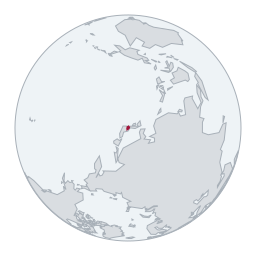 the Earth from above Gifu, rotated 189°
{"feature_id": "JPN-1841", "entity_name": "Gifu", "entity_type": "Prefecture", "adm_level": 1, "iso_a3": "JPN", "parent_name": "Japan", "parent_adm1": "", "projection": "orthographic", "projection_center": [137.038, 35.796], "detail": "fine", "context": "on_globe", "style": "filled", "palette": "rose", "viewbox_px": 256, "rotation_deg": 189, "n_neighbors": 0, "source": "natural_earth", "source_scale": "10m", "svg_char_len": 11409}
<svg xmlns="http://www.w3.org/2000/svg" viewBox="0 0 256 256"><g transform="rotate(189 128 128)"><circle cx="128" cy="128" r="113" fill="#eef3f6" stroke="#a8b0b8"/><path d="M201.8,199.6L201.7,200.1L201.8,199.6ZM220.2,63.3L219.0,62.4L221.6,65.3L223.5,68.3L222.9,67.6L221.7,65.7L218.9,63.3L218.6,64.5L212.9,61.4L202.3,53.6L203.4,53.0L200.7,51.5L199.2,52.2L198.8,53.2L187.5,51.1L181.1,56.0L182.7,60.4L179.6,57.5L184.9,68.1L183.7,73.9L182.9,65.7L181.1,63.6L179.2,66.6L177.0,65.1L174.8,65.8L172.4,64.0L172.0,59.6L170.4,58.4L169.2,60.6L165.9,60.4L168.0,57.3L162.5,56.6L161.0,49.9L168.5,44.2L165.5,40.0L167.6,33.3L165.2,32.8L164.5,30.4L161.6,29.0L162.8,28.5L159.4,27.9L158.8,28.8L157.2,28.9L155.4,28.2L156.6,27.3L157.7,27.5L157.1,26.9L158.5,26.7L156.8,26.4L158.5,25.5L154.2,25.5L153.4,24.1L155.2,23.8L158.5,24.9L170.7,28.1L173.6,28.7L174.4,28.0L168.8,23.9L170.5,24.2L170.4,23.8L167.9,22.9L167.1,23.0L162.4,21.5L161.9,22.1L159.9,21.7L158.1,22.1L154.7,20.8L152.4,19.5L153.8,19.3L152.8,18.8L148.5,18.3L148.2,17.4L143.3,16.4L151.6,17.9L159.7,19.9L167.7,22.6L175.5,25.9L183.0,29.7L190.2,34.1L197.0,39.0L203.5,44.4L209.5,50.3L215.1,56.6L220.2,63.3ZM226.3,122.5L225.3,120.4L226.5,120.6L226.3,122.5ZM224.3,119.9L224.7,120.4L224.3,120.2L224.3,119.9ZM223.7,120.2L224.2,120.0L223.7,120.5L223.7,120.2ZM223.0,120.9L223.3,120.4L223.3,120.6L223.0,120.9ZM221.5,121.2L221.1,121.2L221.4,120.6L221.5,121.2ZM199.0,53.9L199.4,52.4L201.6,52.4L201.6,53.7L199.0,53.9ZM194.4,54.4L194.0,53.2L197.0,54.6L196.3,54.8L194.4,54.4ZM184.3,64.1L185.0,62.5L185.1,64.6L184.3,64.1ZM175.0,66.3L175.5,67.3L174.1,67.2L175.0,66.3ZM160.1,22.8L159.1,22.4L160.0,22.5L160.1,22.8ZM160.2,23.3L161.9,23.7L162.2,24.0L161.2,23.8L160.2,23.3ZM169.1,64.4L166.8,64.3L169.1,63.7L169.1,64.4ZM158.1,22.8L162.5,24.6L163.0,25.2L159.5,24.9L158.1,22.8ZM165.4,63.7L159.8,63.6L160.5,65.6L155.6,60.0L161.9,61.8L164.7,60.7L164.1,62.3L165.4,63.7ZM159.4,29.3L159.9,28.4L161.2,29.8L159.4,29.3ZM160.6,30.2L166.8,34.9L165.2,36.1L163.4,34.2L162.6,36.4L158.8,34.7L158.4,33.1L160.2,32.6L157.3,32.4L160.6,30.2ZM153.7,57.1L152.3,56.5L153.7,56.3L153.7,57.1ZM156.6,29.0L158.0,29.8L156.7,30.8L153.6,29.6L155.0,29.6L156.6,29.0ZM164.3,38.0L162.8,38.7L159.3,37.4L158.2,37.6L158.6,34.8L164.3,38.0ZM154.4,29.0L152.1,28.9L151.1,27.9L155.1,28.4L154.4,29.0ZM157.6,31.7L156.8,32.2L156.3,31.5L157.6,31.7ZM146.3,24.4L148.0,25.1L147.4,25.7L146.3,24.4ZM151.3,29.0L151.7,29.3L151.7,29.7L150.0,29.4L151.3,29.0ZM156.1,34.2L154.9,33.6L155.7,35.2L153.1,34.5L153.8,32.9L152.4,33.3L151.6,33.1L153.1,32.0L156.1,34.2ZM148.2,30.3L148.2,28.2L145.2,26.7L145.6,26.1L150.4,28.6L148.2,30.3ZM151.0,31.3L149.3,30.5L150.7,30.1L152.6,30.4L151.0,31.3ZM151.1,34.7L154.9,36.2L154.6,36.5L151.1,34.7ZM147.0,29.9L147.1,30.4L146.7,29.8L147.0,29.9ZM149.5,33.3L150.9,33.7L150.6,34.1L149.5,33.3ZM146.0,31.2L146.0,30.5L147.3,30.6L146.0,31.2ZM147.4,32.2L146.6,32.6L147.7,31.1L148.1,32.3L147.4,32.2ZM149.0,33.5L149.2,33.9L148.4,33.3L149.0,33.5ZM141.0,31.2L142.2,29.3L145.1,29.5L143.5,31.3L141.0,31.2ZM42.3,54.9L42.6,54.6L36.1,63.5L34.0,68.0L39.3,63.5L42.8,55.9L46.7,51.8L46.6,55.4L44.1,62.7L45.5,61.4L50.0,54.8L52.3,54.7L51.9,52.4L49.9,54.6L49.6,53.4L51.4,51.4L52.1,51.3L53.7,48.9L49.7,50.1L47.3,52.5L49.7,48.2L45.9,51.8L45.5,51.7L51.8,45.6L53.4,44.5L62.7,36.9L61.3,37.7L52.4,45.0L53.9,43.5L51.9,45.1L54.6,42.8L64.7,35.0L68.0,32.7L75.9,28.2L81.8,25.3L78.8,26.7L80.3,26.1L77.6,27.7L78.0,28.3L75.9,29.9L80.1,29.0L79.6,29.8L77.3,30.1L74.5,31.3L69.8,36.1L70.1,36.6L73.2,35.8L71.5,37.4L75.2,36.0L74.5,38.7L78.4,34.3L82.1,33.7L83.9,34.9L85.9,34.0L83.0,32.1L81.2,32.1L78.5,33.3L74.2,33.2L75.0,31.8L82.1,29.3L83.9,27.3L88.7,26.6L93.6,31.6L93.6,34.6L85.1,41.0L82.7,40.5L84.6,37.9L79.1,40.9L81.4,40.4L80.0,41.9L83.2,42.0L82.4,43.1L86.9,41.4L86.3,42.8L83.4,43.8L87.6,45.6L87.4,48.6L88.7,48.5L90.3,47.5L88.9,52.2L90.0,52.0L90.8,50.3L93.5,48.8L97.7,48.1L97.0,49.7L95.4,50.2L90.9,53.9L86.7,55.2L86.9,55.8L90.4,55.1L95.8,50.6L98.5,49.7L96.3,52.0L97.3,51.1L98.5,51.2L98.9,52.9L101.5,50.6L115.0,50.5L117.3,54.2L113.8,56.0L122.4,58.7L124.3,63.3L125.1,61.7L129.8,62.3L129.3,60.8L130.0,60.1L141.8,61.7L144.0,63.6L150.0,63.1L150.4,62.3L149.1,60.8L155.6,60.0L160.5,65.6L159.3,67.0L163.2,69.8L159.9,72.7L159.0,76.6L153.2,78.6L153.0,81.7L154.6,82.5L155.5,87.6L151.9,96.0L148.0,85.7L151.9,73.9L149.7,78.3L148.2,76.3L146.1,77.4L144.8,80.8L145.9,81.7L133.2,83.4L125.8,91.4L131.3,92.4L133.2,96.0L129.6,107.4L113.7,119.5L116.1,125.6L115.3,128.9L111.0,129.8L112.1,125.0L109.1,122.3L110.4,119.6L103.9,119.9L105.4,116.1L99.6,118.5L100.2,122.2L105.3,123.0L99.6,127.1L103.0,134.1L101.7,140.8L90.5,149.3L81.6,149.7L80.7,151.5L78.0,148.0L73.2,150.2L77.1,163.5L76.5,166.6L69.2,169.7L69.3,167.3L62.1,158.0L59.8,164.7L65.2,173.5L67.0,181.3L62.4,177.1L60.7,170.0L58.2,166.6L59.6,160.6L58.9,149.8L54.4,149.2L55.4,145.4L53.8,135.1L47.6,133.9L37.4,137.7L34.9,146.7L31.9,148.5L31.1,131.1L33.4,121.2L31.4,119.9L32.0,108.5L28.2,99.0L29.1,95.9L28.1,95.1L28.7,89.8L30.7,85.2L30.4,83.3L25.5,95.8L26.0,98.0L28.4,96.9L26.8,100.7L26.4,106.8L21.5,110.0L18.3,104.0L20.5,96.8L30.9,72.5L32.0,71.2L32.4,70.5L30.8,72.4L33.5,68.1L25.2,83.0L22.7,88.5L18.2,104.2L18.0,104.6L17.3,108.7L18.1,113.5L17.6,115.7L15.7,122.1L15.5,123.2L16.1,114.9L17.4,106.7L19.3,98.6L21.7,90.7L24.8,82.9L28.4,75.4L32.5,68.3L37.2,61.4L42.3,54.9ZM38.8,74.2L38.9,79.1L43.3,73.3L43.7,74.8L45.0,72.4L43.6,72.9L47.5,66.9L49.1,68.0L51.4,66.1L51.5,64.4L47.8,63.5L42.2,71.9L40.3,72.4L38.8,74.2ZM90.7,22.3L88.4,23.2L87.4,23.3L90.1,22.0L91.6,21.7L90.7,22.3ZM85.4,24.4L91.8,22.7L90.3,23.7L90.1,23.4L88.5,24.2L87.6,24.0L80.1,26.9L78.7,27.3L84.4,24.2L83.3,24.9L85.6,23.9L85.4,24.4ZM110.4,19.1L113.1,19.0L106.6,21.1L104.8,21.0L107.3,19.4L110.9,18.8L110.4,19.1ZM151.1,22.3L152.5,22.6L152.2,22.8L150.7,22.7L151.1,22.3ZM147.1,24.7L144.3,21.2L145.8,21.3L142.3,19.5L145.0,19.2L147.2,20.3L146.7,18.9L149.7,19.8L148.9,18.9L153.4,21.5L156.1,22.5L152.1,21.4L149.5,21.6L149.3,22.0L150.5,24.0L155.0,26.5L153.2,27.3L150.7,27.3L149.4,26.8L151.0,26.3L148.0,26.0L149.3,25.0L147.1,24.7ZM122.6,29.6L125.1,28.7L119.3,29.1L120.5,27.6L119.8,27.8L119.3,26.6L117.5,25.5L118.5,24.9L117.4,24.8L117.1,24.1L115.8,23.7L117.3,22.6L115.8,22.2L117.3,21.9L114.5,21.5L117.3,21.4L117.1,20.7L114.5,21.1L125.4,17.6L127.9,16.6L128.4,16.0L133.1,16.3L135.5,17.2L136.3,18.7L133.3,19.8L136.0,19.9L135.3,20.5L133.5,20.2L135.9,21.1L134.9,21.5L135.6,23.7L139.7,25.0L140.1,26.0L137.9,25.7L139.8,26.8L136.0,27.0L136.2,27.7L132.6,28.8L128.4,28.1L129.0,29.0L126.3,30.0L122.6,29.6ZM139.9,31.4L134.6,30.5L132.7,29.4L139.7,28.1L140.0,27.4L144.4,26.8L147.1,28.6L145.6,28.5L144.8,29.0L144.3,28.2L144.1,29.1L142.0,29.2L141.2,29.9L139.7,29.4L139.9,31.4ZM54.9,42.3L53.8,43.2L52.6,44.4L51.3,45.5L54.9,42.3ZM61.7,36.9L61.1,37.4L59.9,38.3L61.7,36.9ZM62.8,36.3L61.2,37.3L62.7,36.2L62.8,36.3ZM76.8,30.6L76.3,31.3L75.5,31.6L74.8,31.6L76.8,30.6ZM105.7,31.5L107.4,30.9L107.8,31.2L111.8,31.1L111.2,32.3L108.5,32.9L105.7,31.5ZM38.7,63.2L38.0,63.0L38.9,61.7L38.9,62.0L38.7,63.2ZM44.0,53.5L41.8,56.4L43.7,53.8L44.0,53.5ZM105.7,32.9L107.4,32.6L106.1,33.4L105.7,32.9ZM110.9,33.2L109.7,34.2L111.5,32.5L110.9,33.2ZM93.5,204.9L96.9,206.1L96.8,206.5L93.5,204.9ZM90.0,202.7L93.8,203.8L89.4,203.4L90.0,202.7ZM95.2,204.2L99.1,204.4L100.8,204.1L100.5,204.9L95.2,204.2ZM87.5,202.0L74.3,197.6L69.3,194.6L70.3,193.6L78.4,197.0L87.5,202.0ZM69.9,193.4L62.4,185.9L53.3,168.2L56.6,170.2L66.3,183.0L65.7,184.0L70.2,189.3L69.9,193.4ZM88.6,192.1L87.9,195.8L80.5,193.2L77.3,191.4L75.0,185.5L76.2,183.3L78.9,184.3L89.9,178.5L93.6,181.8L90.0,184.8L93.1,189.2L88.6,192.1ZM35.0,147.9L35.9,154.9L34.4,154.5L35.0,147.9ZM95.0,173.1L90.1,176.0L94.7,171.6L95.0,173.1ZM98.1,168.4L98.1,170.7L96.5,168.1L98.1,168.4ZM80.1,154.5L77.2,154.0L77.4,152.4L81.2,152.1L80.1,154.5ZM100.7,146.3L99.6,151.0L98.7,152.5L97.9,149.3L100.7,146.3ZM103.0,44.9L98.1,43.6L94.3,43.8L91.4,45.7L93.3,42.7L99.3,42.3L103.0,44.9ZM113.6,49.6L116.1,48.2L116.4,49.4L115.9,49.9L113.6,49.6ZM114.1,48.3L114.4,45.6L116.7,45.3L116.0,47.4L114.1,48.3ZM109.9,38.7L108.5,38.1L109.6,37.5L109.9,38.7ZM176.9,228.6L178.8,228.0L175.8,229.7L171.3,231.8L166.5,233.6L176.9,228.6ZM140.8,238.1L139.4,237.1L144.6,236.6L143.5,237.7L140.8,238.1ZM180.0,226.8L182.7,224.9L182.6,223.7L183.6,224.4L187.0,222.9L180.0,227.4L180.0,226.8ZM118.4,231.6L98.0,231.5L93.1,229.9L93.5,228.7L87.3,222.4L88.9,222.9L86.8,218.8L98.4,218.3L106.5,213.1L114.0,214.7L119.0,210.1L126.9,211.2L125.1,215.3L133.9,218.5L138.6,209.4L145.3,219.2L152.6,222.0L156.3,226.8L148.1,234.5L142.1,236.0L140.4,235.6L138.0,236.3L133.6,236.1L129.9,234.0L127.7,234.5L129.3,232.9L126.3,234.3L123.4,232.7L118.4,231.6ZM176.0,214.5L177.5,214.4L180.3,215.3L177.8,215.6L176.0,214.5ZM198.0,203.0L198.9,203.3L197.3,204.2L198.0,203.0ZM201.6,200.2L199.6,201.4L201.8,199.6L201.6,200.2ZM182.5,207.8L183.3,208.2L182.7,208.5L182.5,207.8ZM181.8,207.7L182.5,206.6L182.6,207.6L181.8,207.7ZM174.2,204.0L175.0,203.3L175.4,203.6L174.2,204.0ZM102.0,207.3L106.6,205.4L109.2,205.6L102.0,207.3ZM172.8,203.0L170.7,203.3L170.8,202.7L172.8,203.0ZM172.8,201.7L172.5,201.0L174.0,202.6L172.8,201.7ZM168.6,200.5L171.3,201.6L168.3,200.7L168.6,200.5ZM167.1,200.9L165.3,200.5L165.4,200.2L167.1,200.9ZM147.3,203.1L154.1,207.7L148.9,207.8L143.0,204.8L138.8,207.5L129.1,206.5L131.2,205.0L129.7,202.2L120.1,200.1L118.1,198.0L121.4,197.3L115.2,194.9L122.0,195.0L124.9,199.1L128.8,196.6L135.8,197.8L142.8,199.3L148.6,202.1L147.3,203.1ZM122.3,203.2L123.5,203.3L122.5,204.3L122.3,203.2ZM161.7,198.8L164.4,200.3L164.1,200.8L162.8,200.6L161.7,198.8ZM149.9,201.4L156.1,198.3L157.6,198.2L153.6,201.8L149.9,201.4ZM154.5,196.3L157.5,196.6L159.1,198.3L158.5,198.8L154.5,196.3ZM108.4,197.8L108.2,198.7L106.4,197.6L108.4,197.8ZM110.6,197.5L115.9,199.5L110.1,198.3L110.6,197.5ZM95.3,190.7L96.8,193.5L101.3,193.0L97.9,194.5L101.1,199.2L100.1,200.5L96.9,195.4L96.0,199.6L94.0,199.1L92.7,195.0L94.7,190.7L96.7,189.2L105.0,190.2L95.3,190.7ZM110.5,194.5L109.1,191.3L110.2,189.5L111.6,191.4L110.5,194.5ZM105.4,183.3L102.1,179.0L98.9,179.7L105.6,176.1L107.6,180.8L105.4,183.3ZM103.0,174.8L99.9,175.4L103.2,173.2L103.0,174.8ZM99.3,174.0L99.2,171.4L101.5,172.3L99.3,174.0ZM104.5,175.3L105.5,171.1L106.4,173.9L104.5,175.3ZM98.9,165.4L103.3,170.8L97.1,167.5L98.0,159.0L100.7,159.5L98.9,165.4ZM121.3,133.9L121.3,131.3L124.1,131.2L123.3,133.0L121.3,133.9ZM133.2,129.2L124.8,130.3L118.1,131.4L119.7,133.0L117.3,137.0L115.5,132.4L120.9,128.6L125.8,128.5L127.5,125.0L131.7,123.2L132.2,118.6L134.4,116.9L135.4,121.2L133.2,129.2ZM132.3,116.6L134.8,108.7L139.6,110.7L140.1,112.8L137.0,115.6L134.6,114.3L132.3,116.6ZM136.8,107.5L134.5,106.3L133.5,94.0L134.4,91.9L137.8,101.9L135.8,101.4L135.3,104.2L136.8,107.5ZM152.3,57.5L152.3,56.6L153.2,57.5L152.3,57.5ZM129.6,59.3L130.7,58.5L131.7,59.4L129.6,59.3ZM134.5,56.9L132.5,56.3L134.9,56.2L134.5,56.9ZM128.2,55.4L131.9,55.8L128.0,56.4L128.2,55.4Z" fill="#d9dde1" stroke="#a8b0b8" stroke-width="1"/><path d="M128.4,126.7L128.4,126.8L128.5,126.7L128.6,126.8L128.8,126.8L128.9,127.0L128.8,127.3L128.8,127.5L128.7,127.8L128.5,128.0L128.7,128.3L128.8,128.3L128.8,128.5L128.9,128.8L128.8,129.0L128.7,129.1L128.4,129.0L128.2,129.1L128.0,128.9L127.9,128.8L127.7,128.9L127.5,129.0L127.4,129.1L127.4,129.3L127.3,129.2L127.2,129.2L126.9,129.1L127.0,128.9L127.0,128.7L126.9,128.6L126.8,128.4L126.8,128.2L127.0,128.1L127.3,128.0L127.5,128.0L127.6,127.9L127.5,127.7L127.5,127.4L127.6,127.2L127.7,126.9L127.8,126.9L127.8,127.0L128.0,127.0L128.0,126.9L128.2,126.7L128.2,126.8L128.3,126.8L128.4,126.7L128.4,126.7Z" fill="#f43f5e" stroke="#9f1239" stroke-width="1.5"/></g></svg>